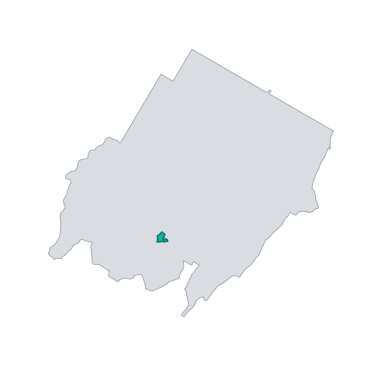 Al Quoz, South Kordufan, Sudan (highlighted), rotated 30°
{"feature_id": "16777658B4110492233788", "entity_name": "Al Quoz", "entity_type": "district", "adm_level": 2, "iso_a3": "SDN", "parent_name": "Sudan", "parent_adm1": "South Kordufan", "projection": "equal_earth", "projection_center": [29.964, 12.456], "detail": "fine", "context": "in_parent", "style": "filled", "palette": "teal", "viewbox_px": 384, "rotation_deg": 30, "n_neighbors": 0, "source": "geoboundaries", "source_scale": "gbopen_adm2", "svg_char_len": 5399}
<svg xmlns="http://www.w3.org/2000/svg" viewBox="0 0 384 384"><g transform="rotate(30 192 192)"><path d="M247.4,304.1L244.7,304.1L244.5,303.3L244.5,301.0L244.8,299.2L245.7,296.5L245.5,295.0L245.6,292.8L244.9,290.4L238.5,283.4L237.3,281.4L233.9,279.7L234.5,277.7L233.0,263.3L233.7,261.7L233.9,259.1L233.9,256.9L234.7,253.3L234.8,251.7L228.0,251.6L227.9,253.2L228.3,254.9L228.2,255.6L218.9,255.7L222.6,261.3L222.8,263.8L222.6,266.9L222.7,268.8L222.9,270.1L223.9,272.7L223.8,273.1L223.6,273.7L217.0,281.2L215.9,284.7L215.0,286.6L213.1,289.6L207.0,297.7L206.0,298.2L201.4,298.5L200.9,298.7L200.5,299.1L200.3,299.0L196.4,294.2L189.7,288.6L185.3,291.5L184.1,292.6L184.1,295.3L183.4,296.7L182.2,298.3L178.9,299.2L177.2,300.0L175.2,301.6L173.2,304.2L173.1,305.5L173.3,306.7L162.0,306.6L161.3,305.7L159.7,301.4L158.5,301.7L148.2,301.2L146.8,301.6L143.8,303.4L142.4,303.7L140.8,302.9L135.5,294.5L134.3,293.5L133.1,291.5L131.9,290.6L131.6,290.0L131.4,289.1L131.5,287.3L131.1,286.1L130.3,285.8L123.0,287.8L122.0,287.6L120.4,287.9L119.9,288.3L119.3,289.4L119.2,291.7L119.0,292.8L118.4,294.1L116.3,296.9L115.9,298.1L115.9,301.3L115.8,302.9L115.5,303.6L114.6,304.8L114.2,305.5L113.9,309.5L112.7,311.9L112.4,312.8L112.4,314.5L112.2,315.1L108.9,316.5L107.7,317.3L106.9,318.7L106.7,319.3L105.3,318.8L103.5,318.4L100.1,318.0L98.7,317.4L98.1,316.4L98.3,314.0L98.0,313.5L97.4,313.0L97.1,312.0L97.1,310.7L99.0,307.9L99.4,306.4L99.9,299.4L99.8,297.2L98.3,293.3L95.1,286.5L94.3,285.1L90.2,279.5L89.8,278.7L88.8,276.3L89.9,271.2L90.0,269.7L89.7,268.3L88.7,267.2L87.8,267.0L86.6,265.6L85.8,265.0L85.1,263.8L84.6,262.1L85.0,256.0L84.8,255.2L83.8,255.0L83.5,254.5L83.6,253.4L83.0,249.9L82.4,247.0L82.8,245.5L81.9,243.3L80.3,242.4L77.0,243.1L76.0,243.0L75.3,242.6L74.8,241.8L74.5,240.8L74.8,239.4L75.8,236.8L76.9,234.7L79.3,232.8L80.0,231.8L80.3,230.6L80.4,229.3L80.3,227.9L80.0,226.7L79.3,225.0L78.7,223.0L78.7,221.7L79.0,220.8L79.7,219.6L82.0,217.4L84.5,215.5L84.9,214.9L84.7,214.1L83.6,212.6L83.3,209.6L82.8,207.6L84.0,206.0L84.9,205.4L86.3,205.0L86.9,204.3L87.0,203.1L87.0,201.9L87.5,201.0L88.2,199.1L88.8,198.2L90.6,196.0L91.0,194.6L91.2,193.2L90.7,189.0L91.8,187.3L93.2,185.8L95.1,185.9L98.1,185.6L100.1,185.0L101.6,185.0L104.9,185.8L105.3,185.5L105.5,184.4L106.3,105.5L120.0,105.6L120.2,105.4L120.6,68.5L206.3,68.5L207.0,68.4L208.3,65.0L208.9,64.7L209.8,64.9L210.1,65.7L209.4,68.5L284.1,68.5L284.4,72.7L285.0,76.1L287.2,80.9L289.1,83.5L289.7,84.9L289.8,85.6L289.7,86.2L289.2,85.5L288.3,85.0L288.2,87.3L288.7,91.9L289.5,95.1L289.0,98.1L289.1,103.2L290.2,109.3L290.1,113.2L291.8,122.4L293.4,127.4L294.2,128.7L295.2,129.3L297.0,129.8L299.7,132.4L301.9,135.1L302.7,136.5L303.7,138.1L304.4,137.8L304.8,137.4L305.5,138.7L308.9,141.4L309.5,142.7L308.3,143.9L306.9,146.0L306.3,148.0L305.9,148.7L304.8,149.9L304.6,150.5L304.2,150.9L303.6,150.9L302.5,151.6L301.5,151.4L300.4,151.8L300.0,152.2L299.2,152.7L298.1,152.9L296.4,154.6L294.9,155.4L294.4,156.1L293.6,159.4L293.0,160.3L290.8,160.4L289.7,160.7L288.2,160.3L287.4,160.4L287.2,161.1L287.0,164.0L287.1,165.2L285.8,168.5L286.3,174.7L285.1,179.3L284.9,180.4L283.7,184.0L283.1,185.4L281.6,192.3L281.0,194.4L279.7,196.6L281.3,213.1L280.2,218.2L280.2,220.9L279.5,225.0L278.9,226.9L277.9,229.2L277.0,231.7L276.3,235.1L275.9,241.5L275.7,242.0L271.6,242.8L270.4,243.3L269.5,244.0L268.5,245.6L266.5,250.1L265.4,252.9L263.7,256.6L261.8,259.3L261.4,260.6L261.0,263.0L260.3,266.8L259.7,269.6L259.8,271.7L259.2,275.5L259.3,277.4L258.6,278.4L257.7,279.4L257.1,279.6L254.2,277.1L252.3,278.9L251.0,281.3L250.1,283.8L250.7,289.1L250.6,290.2L250.4,291.5L248.5,296.6L248.0,299.0L247.4,303.1L247.4,304.1Z" fill="#d9dde1" stroke="#a8b0b8" stroke-width="1"/><path d="M184.0,247.4L184.0,247.6L184.3,247.8L184.5,247.9L184.6,248.0L184.8,248.3L185.0,248.7L185.2,249.0L185.3,249.3L185.3,249.5L185.7,249.8L186.0,249.9L186.1,250.1L186.3,250.1L186.4,250.4L186.3,250.8L186.2,251.1L186.3,251.2L186.3,251.3L186.6,251.9L186.6,252.3L186.6,252.6L187.0,252.5L187.5,252.1L187.9,251.8L188.0,251.8L188.2,251.7L188.4,251.6L188.7,251.5L188.7,251.4L188.8,251.4L189.1,251.2L189.3,251.1L189.5,250.9L189.8,250.6L190.0,250.4L190.5,249.9L190.9,249.6L191.1,249.6L191.3,249.4L191.7,249.2L191.8,249.1L192.0,248.9L192.1,249.0L192.1,248.9L192.3,248.9L192.5,248.9L192.7,248.7L192.8,248.8L193.1,248.6L193.3,248.5L193.7,248.3L193.9,248.0L194.2,247.6L194.3,247.6L194.6,247.5L194.8,247.3L195.0,247.2L195.5,246.9L195.4,246.8L195.1,246.5L195.0,246.4L194.9,246.2L194.7,245.8L194.4,245.7L194.1,245.7L193.9,245.7L193.5,245.7L193.3,245.7L193.3,245.8L193.2,245.8L192.9,245.8L192.6,246.0L192.0,246.3L191.9,246.3L191.6,246.5L191.4,246.7L191.1,246.9L191.0,247.0L190.9,247.2L190.7,247.3L190.4,247.4L190.2,247.4L190.1,246.8L190.1,246.6L190.1,246.4L190.2,246.2L190.3,246.0L190.2,245.8L190.2,245.7L190.2,245.4L190.2,245.1L190.2,244.8L190.2,244.7L190.1,244.4L190.0,244.2L189.9,244.1L189.8,243.9L189.7,243.7L189.7,243.4L189.7,243.1L189.7,242.9L189.8,242.8L189.8,242.7L189.8,242.4L189.7,242.4L189.3,242.2L189.0,242.1L188.8,242.1L188.7,242.1L188.4,242.1L187.8,242.1L187.7,242.1L187.4,241.9L187.2,241.9L186.9,241.8L186.7,241.7L186.1,241.8L185.7,242.0L185.5,242.4L185.5,242.5L185.6,242.8L185.7,243.1L185.6,243.3L185.5,243.9L185.4,243.9L185.4,244.0L185.2,244.6L185.1,245.0L185.0,245.5L184.9,245.8L184.7,246.2L184.6,246.3L184.6,246.5L184.5,246.9L184.4,246.9L184.4,247.0L184.2,247.3L184.0,247.4Z" fill="#14b8a6" stroke="#0f766e" stroke-width="1.5"/></g></svg>